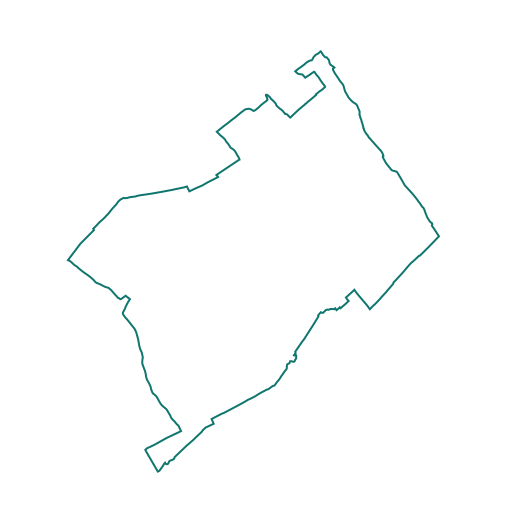 Draguseni, Iasi, Romania, rotated 162°
{"feature_id": "2599482B87373690339338", "entity_name": "Draguseni", "entity_type": "district", "adm_level": 2, "iso_a3": "ROU", "parent_name": "Romania", "parent_adm1": "Iasi", "projection": "orthographic", "projection_center": [27.486, 46.891], "detail": "fine", "context": "isolated", "style": "outline", "palette": "teal", "viewbox_px": 512, "rotation_deg": 162, "n_neighbors": 0, "source": "geoboundaries", "source_scale": "gbopen_adm2", "svg_char_len": 6102}
<svg xmlns="http://www.w3.org/2000/svg" viewBox="0 0 512 512"><g transform="rotate(162 256 256)"><path d="M364.1,352.2L367.3,351.6L369.0,350.9L370.5,350.1L373.4,347.9L374.9,347.2L378.2,345.3L382.9,342.2L384.5,341.2L386.2,340.5L387.1,339.8L391.0,337.9L393.7,336.8L396.2,335.5L397.5,334.7L402.4,332.2L402.0,330.8L419.3,321.9L436.1,310.2L434.3,308.4L433.6,307.3L432.1,304.6L431.4,303.4L429.4,301.0L428.6,299.3L425.6,294.7L420.6,288.0L418.0,283.7L416.6,280.5L415.7,279.5L413.0,277.3L409.6,273.8L408.8,273.1L406.4,271.5L405.8,270.8L404.2,268.1L403.1,265.5L402.3,263.6L400.8,260.4L400.2,258.8L399.5,258.4L398.9,257.5L398.5,257.0L397.9,256.7L396.4,257.1L392.3,258.5L389.2,253.9L392.3,251.4L395.8,247.9L396.7,246.6L399.9,243.5L400.4,242.6L400.5,242.1L400.2,240.7L399.3,237.9L398.1,235.3L394.0,224.3L393.7,222.3L393.5,220.7L393.6,218.4L393.7,216.2L393.8,213.3L394.6,207.7L394.8,206.3L394.9,202.9L394.6,201.0L394.5,199.6L394.8,195.9L395.1,194.2L396.0,192.7L397.0,190.2L397.4,188.6L397.4,187.1L397.1,180.5L397.2,179.2L397.9,174.3L397.9,172.3L397.0,167.7L396.6,164.1L396.9,162.6L396.9,161.7L396.8,158.6L396.4,157.1L396.0,156.4L394.6,154.3L393.9,152.5L392.6,145.8L391.9,143.6L391.2,142.2L389.1,138.9L388.4,137.6L386.8,130.4L386.8,129.3L386.5,127.8L385.5,125.5L384.6,123.9L383.3,120.4L382.7,119.6L382.1,118.1L381.4,112.6L396.9,110.6L411.8,107.7L419.1,106.8L421.2,105.8L420.7,103.1L416.0,81.3L414.8,81.4L414.1,81.7L409.8,84.8L407.2,87.1L406.4,87.5L406.3,86.7L406.1,86.3L405.5,85.7L405.0,85.5L404.1,85.5L403.4,85.9L402.3,87.3L401.6,87.7L400.5,88.0L398.1,88.0L397.2,88.2L396.5,88.6L395.5,89.9L381.1,96.8L371.5,100.9L369.5,102.0L362.8,105.1L361.6,105.8L360.3,106.9L358.1,107.8L357.7,108.1L356.9,108.4L356.2,108.5L348.1,109.5L348.6,114.7L337.7,116.5L334.9,116.7L318.7,119.5L311.4,120.9L308.2,121.7L305.3,122.0L300.3,122.8L295.3,124.1L287.6,125.5L286.7,125.6L285.5,125.5L280.2,127.2L278.9,127.1L278.3,127.2L274.9,129.7L273.3,130.6L270.8,132.4L269.1,133.9L264.0,137.7L261.7,139.2L261.2,140.3L260.3,142.7L259.7,143.3L257.4,143.7L257.0,144.1L256.0,145.4L254.9,145.0L253.3,143.9L252.6,143.7L251.9,143.9L251.0,145.0L249.6,146.1L249.3,146.5L249.1,147.4L248.5,148.7L248.6,149.3L248.8,149.7L249.1,149.7L250.1,149.5L250.4,149.6L250.6,149.9L248.3,151.4L248.3,152.5L248.2,152.9L238.1,160.6L236.1,161.9L223.2,172.5L215.3,179.2L215.4,180.0L214.9,180.6L211.7,182.5L210.9,181.7L210.1,181.3L209.2,181.5L206.5,182.9L205.6,183.1L205.3,183.0L204.7,183.0L203.9,182.5L203.5,182.6L202.7,182.4L201.7,182.6L201.2,182.5L200.9,182.3L200.5,182.3L199.9,182.1L198.0,181.2L196.8,181.8L196.6,181.4L196.6,181.0L196.1,179.6L193.3,180.7L192.2,181.3L191.8,180.2L185.3,182.9L181.8,184.6L182.5,186.1L183.3,188.7L174.8,192.5L172.9,193.5L171.7,189.6L170.3,186.1L165.9,175.4L165.1,173.2L164.2,170.2L159.7,172.6L158.1,173.2L155.3,174.7L150.9,177.1L149.9,177.8L142.8,181.8L142.0,182.4L136.5,185.7L134.1,187.2L133.7,187.7L133.4,188.3L133.0,188.6L132.2,188.9L122.0,194.6L115.2,198.8L111.8,200.8L110.5,201.5L107.5,202.7L101.1,205.7L100.5,205.8L100.0,205.7L89.8,210.8L75.9,218.2L78.6,228.1L79.1,229.4L79.3,230.9L78.6,231.5L78.5,232.0L78.5,232.9L79.2,233.7L80.0,235.1L81.0,238.8L81.2,240.1L81.5,243.8L81.5,245.2L81.6,246.6L81.5,247.5L81.7,248.4L81.8,249.6L81.9,250.2L82.3,250.7L82.8,251.6L84.0,256.0L84.8,257.9L85.3,259.9L86.8,263.9L88.0,267.0L92.7,277.3L94.1,284.3L95.8,291.9L96.0,292.4L96.6,293.0L99.6,295.0L100.5,295.8L103.6,304.0L104.7,309.6L104.8,311.2L104.5,311.7L103.9,311.8L104.0,314.9L104.8,317.9L105.5,319.1L106.7,321.9L108.3,325.4L109.2,327.7L110.2,329.7L111.3,332.5L112.0,333.6L112.0,334.2L112.3,334.8L112.4,335.8L113.3,338.1L113.9,340.3L114.3,342.7L114.1,343.4L114.1,343.8L114.3,344.1L114.4,344.6L114.1,345.1L114.0,348.7L113.8,350.0L114.0,350.4L114.0,351.6L113.8,352.4L113.9,354.6L114.1,355.2L113.9,355.7L113.9,358.4L113.7,358.7L113.7,359.0L113.1,360.4L112.8,362.0L113.1,364.5L113.3,367.9L113.8,369.4L116.0,372.1L117.3,374.2L118.9,377.8L119.1,378.7L119.8,382.3L120.4,384.8L120.4,386.0L120.2,390.5L120.3,391.8L120.6,392.9L122.2,396.9L122.6,398.8L123.8,402.9L124.5,405.3L124.9,407.3L125.2,409.6L124.9,410.4L123.2,411.0L123.8,412.1L124.9,413.3L126.0,414.9L126.3,415.6L126.4,416.7L126.4,417.2L126.2,418.2L126.2,419.1L126.2,420.0L126.3,420.6L126.8,421.4L127.3,423.0L128.7,423.6L129.1,424.2L130.1,426.6L131.0,430.3L131.1,430.6L131.3,430.7L132.5,430.1L134.3,429.4L135.2,429.1L136.6,429.0L138.2,428.3L139.6,427.5L141.2,426.0L141.7,425.4L142.5,424.9L144.4,425.2L146.3,424.9L148.5,424.3L150.4,423.4L152.5,422.6L158.6,420.7L161.6,419.5L160.1,416.8L159.6,416.3L158.7,415.6L156.1,414.5L155.6,413.9L154.1,410.4L148.8,411.8L146.1,412.7L143.8,413.3L143.6,413.2L142.6,409.7L141.6,407.6L141.1,406.3L140.5,403.7L139.3,399.6L138.2,397.0L138.0,395.5L141.4,393.9L142.6,393.5L144.8,392.9L149.1,391.2L149.3,391.0L149.3,390.5L156.9,387.4L158.9,386.7L160.5,385.9L161.2,385.6L161.9,385.5L162.9,384.9L170.0,382.1L178.2,378.2L180.3,377.1L180.5,377.0L180.9,377.2L181.2,378.3L181.8,379.1L182.5,380.8L182.8,381.2L184.5,382.2L184.7,383.4L185.3,384.3L185.6,385.6L186.3,386.5L186.8,387.6L187.9,388.9L189.9,392.4L190.0,392.7L190.1,393.9L190.1,394.8L190.3,395.3L190.8,396.3L191.0,397.0L191.7,398.1L192.2,399.4L192.7,399.9L193.1,400.6L193.6,402.4L193.8,403.0L194.0,403.3L194.3,403.5L194.4,404.1L194.8,404.7L195.9,406.0L196.3,406.2L196.8,406.1L197.0,405.4L196.8,404.6L196.7,402.8L196.8,402.0L196.7,401.2L196.9,400.9L198.9,400.0L201.1,399.3L204.7,397.9L207.8,396.4L211.1,395.1L212.2,394.8L213.0,394.7L213.4,394.7L213.9,395.2L215.6,397.1L216.5,397.8L217.3,398.2L218.0,398.4L220.8,398.8L225.6,397.2L233.4,394.1L237.0,392.9L242.8,390.7L245.9,389.7L254.9,386.3L254.0,384.5L253.6,383.8L252.7,381.9L251.0,379.3L249.5,376.5L249.0,374.1L248.0,371.7L247.3,369.5L247.0,367.9L246.6,366.7L244.5,364.2L244.1,363.4L243.7,362.4L243.2,360.6L242.7,357.7L242.2,355.8L241.9,354.5L241.9,353.1L241.9,352.8L242.1,352.8L265.5,346.2L268.7,345.3L268.7,345.1L267.8,343.7L267.7,342.8L279.0,341.0L285.8,339.6L292.4,339.0L299.4,338.1L300.2,343.5L303.2,343.5L316.2,344.9L326.9,346.3L336.7,347.7L349.0,349.8L352.5,349.9L357.5,350.9L360.6,351.0L363.0,351.5L364.1,352.2Z" fill="none" stroke="#0f766e" stroke-width="2"/></g></svg>